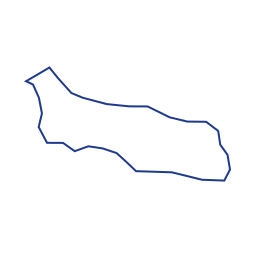 Lagoudera, Nicosia, Cyprus (Equal Earth projection), rotated 66°
{"feature_id": "46923920B28083184578057", "entity_name": "Lagoudera", "entity_type": "district", "adm_level": 2, "iso_a3": "CYP", "parent_name": "Cyprus", "parent_adm1": "Nicosia", "projection": "equal_earth", "projection_center": [33.023, 34.973], "detail": "fine", "context": "isolated", "style": "outline", "palette": "blue", "viewbox_px": 256, "rotation_deg": 66, "n_neighbors": 0, "source": "geoboundaries", "source_scale": "gbopen_adm2", "svg_char_len": 517}
<svg xmlns="http://www.w3.org/2000/svg" viewBox="0 0 256 256"><g transform="rotate(66 128 128)"><path d="M207.4,51.7L193.0,48.0L180.7,50.5L167.4,46.8L154.1,54.1L146.3,71.1L135.2,85.6L116.3,101.3L108.6,118.3L97.5,137.7L81.9,157.1L73.0,165.5L54.2,171.6L40.8,175.2L43.8,202.1L49.7,197.1L64.2,197.1L79.7,200.7L90.8,209.2L108.6,208.0L115.2,193.4L127.5,186.1L128.6,171.6L136.3,159.5L146.3,148.6L157.4,143.7L170.7,138.2L186.3,106.0L205.4,81.4L215.2,61.4L207.4,51.7Z" fill="none" stroke="#1e3a8a" stroke-width="2"/></g></svg>